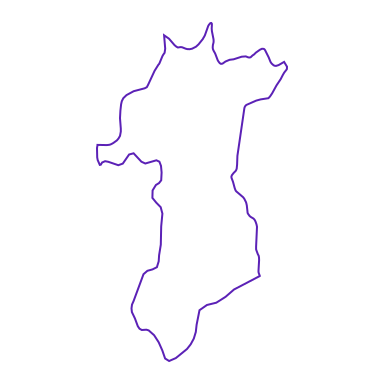 the Province of Yala
{"feature_id": "THA-388", "entity_name": "Yala", "entity_type": "Province", "adm_level": 1, "iso_a3": "THA", "parent_name": "Thailand", "parent_adm1": "", "projection": "equal_earth", "projection_center": [101.243, 6.153], "detail": "fine", "context": "isolated", "style": "outline", "palette": "violet", "viewbox_px": 384, "rotation_deg": 0, "n_neighbors": 0, "source": "natural_earth", "source_scale": "10m", "svg_char_len": 2699}
<svg xmlns="http://www.w3.org/2000/svg" viewBox="0 0 384 384"><path d="M99.8,164.9L97.7,160.1L97.2,157.4L97.0,148.0L97.5,145.2L97.5,144.9L103.4,145.0L106.7,145.1L109.3,144.8L110.4,144.5L111.7,143.9L113.3,143.0L116.9,140.4L118.5,138.5L120.0,135.9L120.8,131.6L120.8,128.6L120.0,118.2L120.4,110.7L121.1,104.3L121.8,101.2L123.3,98.2L126.5,95.1L133.7,91.2L144.7,88.3L146.8,87.2L148.0,85.0L154.6,70.8L158.4,64.7L159.0,64.1L159.5,63.2L162.4,56.2L163.3,54.6L164.6,52.8L165.2,48.7L164.1,35.3L169.0,38.7L174.5,45.1L176.4,46.7L177.9,47.5L179.8,47.2L180.9,47.1L182.2,47.3L185.7,48.7L187.3,49.1L189.6,49.2L192.1,48.7L196.0,46.7L198.6,44.3L202.6,39.3L203.1,38.6L203.5,37.7L204.0,37.0L204.9,35.3L208.2,26.0L208.9,24.8L210.4,23.1L211.3,23.0L211.8,23.6L211.9,24.7L211.7,28.5L211.9,31.1L213.5,39.2L213.6,40.4L213.6,41.6L213.5,42.6L212.9,45.0L212.8,46.2L212.7,47.3L212.8,48.3L212.9,49.0L213.2,49.8L214.0,51.5L214.7,52.6L215.4,54.1L217.7,60.2L218.4,61.4L219.7,63.1L220.8,63.8L221.8,63.8L222.7,63.5L225.5,61.5L229.6,59.8L233.6,59.3L241.7,56.7L245.8,56.4L248.3,57.4L249.8,57.5L250.7,57.2L252.6,55.4L254.0,54.5L255.9,52.6L260.0,49.7L261.9,48.8L263.1,48.8L264.0,49.0L264.7,49.6L265.2,50.4L268.7,57.4L270.3,61.4L270.8,62.4L271.7,63.6L273.6,65.3L274.9,65.8L276.0,65.9L278.6,65.1L284.1,61.9L287.0,66.7L286.9,69.0L286.4,69.8L284.2,72.6L282.7,75.2L280.7,79.1L276.5,85.4L272.1,93.4L270.0,96.5L268.4,98.2L260.6,99.4L256.2,100.6L246.4,104.9L245.3,106.0L244.7,107.1L244.4,108.0L237.4,155.9L237.1,164.5L236.7,168.6L236.2,170.0L235.6,171.0L233.6,173.0L231.9,175.2L231.4,176.6L231.5,177.8L233.0,181.8L234.7,188.1L235.4,190.0L235.8,190.8L236.3,191.4L243.2,197.3L244.3,198.8L246.0,202.2L246.3,203.2L246.8,205.4L247.5,211.8L247.6,212.9L248.1,213.9L249.7,216.1L251.0,217.1L253.4,218.5L254.0,219.1L254.6,219.8L255.5,221.5L256.5,224.4L257.0,226.8L256.1,246.6L256.1,249.3L256.4,250.3L257.8,254.1L258.7,255.8L259.0,257.5L259.1,260.1L258.5,270.7L258.5,272.0L258.8,273.2L259.8,275.9L259.8,276.0L234.0,289.5L225.6,296.8L216.3,302.7L206.9,305.0L199.5,310.2L196.6,324.8L195.8,332.0L193.8,338.6L190.7,344.3L187.0,349.0L175.8,358.1L169.1,361.0L165.1,358.5L162.3,350.4L158.7,342.3L154.1,335.2L148.7,330.4L146.4,329.7L141.8,330.0L139.5,328.7L137.8,326.2L135.0,318.6L133.2,314.8L131.9,312.1L131.5,308.4L132.0,304.6L133.6,301.0L143.5,274.2L147.4,270.8L152.5,269.4L156.9,267.2L158.7,261.3L159.1,255.2L160.8,244.7L161.2,226.3L162.4,213.6L160.7,207.2L156.3,202.7L152.4,197.9L152.6,190.4L155.9,185.0L159.0,183.1L161.2,180.3L161.6,172.5L161.0,165.9L159.4,161.7L156.4,160.3L145.3,163.5L141.4,161.7L133.6,153.3L129.1,154.5L122.8,163.6L118.3,165.2L108.3,161.8L105.1,161.2L102.1,162.5L100.8,164.7L99.8,164.9Z" fill="none" stroke="#5b21b6" stroke-width="2"/></svg>